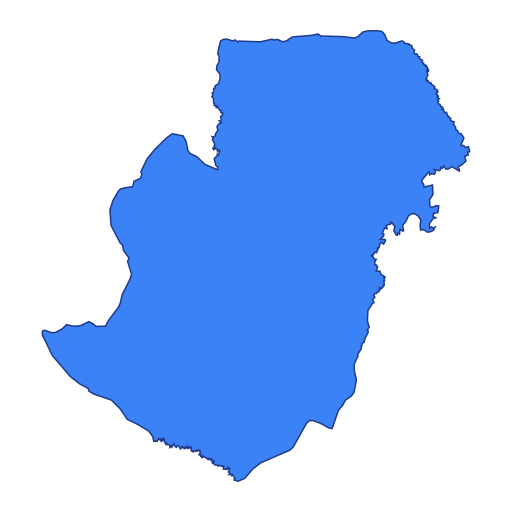 outline of Phanna Nikhom, Sakon Nakhon, Thailand
{"feature_id": "78962969B32881438495472", "entity_name": "Phanna Nikhom", "entity_type": "district", "adm_level": 2, "iso_a3": "THA", "parent_name": "Thailand", "parent_adm1": "Sakon Nakhon", "projection": "robinson", "projection_center": [103.939, 17.31], "detail": "fine", "context": "isolated", "style": "filled", "palette": "blue", "viewbox_px": 512, "rotation_deg": 0, "n_neighbors": 0, "source": "geoboundaries", "source_scale": "gbopen_adm2", "svg_char_len": 6009}
<svg xmlns="http://www.w3.org/2000/svg" viewBox="0 0 512 512"><path d="M260.5,41.8L238.7,41.1L238.0,42.0L235.0,39.9L233.1,41.0L226.4,39.0L222.9,39.5L220.6,40.9L218.2,50.6L217.8,53.8L219.3,57.1L218.8,59.6L219.2,61.8L217.0,65.4L216.5,69.7L219.9,74.1L220.1,78.3L218.5,83.8L215.2,85.7L214.7,88.4L213.6,88.5L213.9,90.5L213.1,92.7L212.2,93.1L212.9,94.1L212.0,96.8L212.7,96.7L213.6,99.3L213.5,102.8L214.7,104.0L214.1,105.4L216.3,106.0L216.2,106.7L217.2,106.2L216.7,107.6L217.9,107.5L219.9,110.4L220.8,110.3L221.0,112.8L222.7,113.0L222.3,115.4L220.5,116.5L221.2,119.0L220.8,121.0L219.4,120.9L221.3,123.0L219.1,123.7L217.3,125.8L217.0,127.5L218.1,129.8L215.7,133.5L215.0,136.1L213.9,137.0L212.1,136.6L213.0,138.0L212.4,139.5L214.9,144.5L214.0,146.1L215.1,147.7L213.0,148.0L213.5,149.7L215.3,148.6L217.4,149.7L217.5,151.5L218.8,150.0L219.9,150.7L218.5,155.0L217.3,154.2L217.1,155.9L214.2,158.5L215.8,165.4L217.9,167.3L217.4,169.7L205.0,164.4L196.8,156.7L190.1,153.4L188.0,150.7L186.0,141.1L183.1,135.9L172.3,133.7L166.6,137.9L154.9,149.3L147.2,158.7L140.9,171.6L141.8,174.5L140.4,178.4L133.9,181.3L132.8,186.7L124.9,187.8L120.8,188.9L118.8,190.4L113.1,200.2L109.9,209.9L111.1,225.6L120.3,243.2L122.5,244.9L123.4,250.3L128.7,257.6L128.9,259.1L127.5,261.1L131.6,274.4L129.8,279.5L122.2,294.6L120.2,303.4L118.5,307.2L108.8,320.0L105.5,326.2L96.0,326.4L93.0,323.7L88.8,321.6L81.9,325.1L77.6,326.1L72.5,326.1L66.6,324.6L62.4,328.7L55.7,332.4L51.8,332.7L44.7,330.3L42.7,330.9L42.3,332.4L42.4,335.0L52.4,355.6L70.4,376.6L79.8,384.0L88.2,388.4L88.9,391.1L93.4,393.9L111.4,400.1L120.1,408.7L127.3,419.4L137.3,424.2L148.6,431.0L152.8,436.6L153.7,441.2L155.4,441.4L156.0,440.6L157.1,441.4L158.7,438.4L161.8,442.0L160.6,438.4L162.1,440.0L163.3,438.2L163.8,438.9L163.1,440.1L164.3,439.7L164.5,442.6L167.4,442.9L165.9,443.3L165.8,444.5L169.6,444.8L169.9,447.4L171.2,446.1L172.0,447.2L173.6,443.7L175.3,446.7L176.5,447.3L176.8,446.1L178.4,445.4L180.4,448.9L181.9,446.6L182.5,447.8L183.6,447.1L184.3,448.7L186.2,447.9L185.5,447.1L186.9,446.2L188.0,446.8L187.9,447.8L187.2,447.7L187.5,448.4L188.7,448.3L189.2,447.2L190.1,447.8L190.1,447.0L191.5,447.5L191.0,450.3L191.8,451.2L192.5,450.7L193.1,451.9L193.9,450.7L195.2,450.7L195.6,451.5L197.9,449.7L198.7,450.2L198.0,450.9L200.0,450.6L200.4,453.6L199.6,453.4L199.0,454.8L200.3,455.0L200.6,456.2L201.5,456.0L201.7,457.5L202.9,457.2L202.4,456.1L203.1,455.9L207.7,459.2L208.1,458.3L208.8,458.4L208.6,459.5L211.2,458.9L211.1,460.5L212.8,460.1L214.0,461.3L212.1,462.2L212.7,463.3L213.5,462.8L214.5,464.8L217.3,465.1L218.2,466.2L219.1,465.3L221.1,465.7L221.3,466.4L223.6,465.9L223.4,469.2L226.2,469.3L227.4,467.8L227.4,469.0L228.7,467.9L229.7,468.7L229.0,469.3L229.5,470.8L228.3,471.8L230.1,473.9L229.3,474.5L231.4,474.5L231.7,475.4L232.3,474.5L235.0,478.3L234.0,479.9L237.9,481.3L244.5,478.5L252.9,468.9L260.8,462.8L290.0,450.1L293.3,447.0L306.5,423.3L309.6,420.6L312.9,420.5L320.4,423.3L328.8,427.9L332.1,428.6L338.5,410.2L342.4,405.6L345.6,400.0L351.4,396.0L354.0,392.3L356.4,380.0L354.2,370.2L354.2,364.4L358.0,355.8L357.9,353.9L361.4,348.6L361.2,345.9L361.9,345.6L362.1,343.3L364.2,342.3L365.0,338.4L368.0,332.7L368.2,331.0L367.2,330.0L369.2,327.3L367.4,320.6L367.9,310.5L372.7,303.1L374.0,302.7L372.6,299.3L374.9,297.2L373.6,295.1L374.7,293.6L376.3,293.5L378.0,291.5L379.0,291.7L379.1,290.0L380.4,289.5L379.7,287.8L381.4,288.4L382.8,287.4L383.4,285.2L384.3,285.2L383.9,280.8L384.6,280.7L384.1,279.1L385.1,277.1L384.4,276.7L384.8,276.1L383.7,276.9L383.1,275.6L381.0,274.5L379.9,271.1L376.2,271.2L377.6,267.1L376.8,265.3L374.7,264.7L374.9,261.7L376.2,259.4L374.2,259.3L373.7,257.6L371.2,255.7L371.5,254.9L373.0,255.1L375.0,252.1L376.5,252.7L377.6,250.1L377.1,249.0L377.8,248.1L378.5,249.3L378.2,247.6L379.0,247.6L380.1,243.5L381.9,242.4L383.5,244.1L384.8,242.3L385.5,240.3L385.0,239.4L380.2,239.5L383.7,236.0L383.8,233.9L382.4,233.2L384.0,229.2L384.9,228.1L387.1,228.7L386.2,225.4L390.7,224.0L390.5,222.5L391.6,222.3L394.9,226.5L393.8,230.6L396.3,235.1L397.4,235.2L398.0,232.8L399.5,234.1L400.0,229.4L403.0,231.1L403.6,230.7L402.6,225.3L406.2,221.0L408.4,215.9L411.6,213.8L414.7,213.7L418.1,216.0L420.8,219.9L420.0,225.9L420.7,230.1L423.5,229.6L427.5,232.2L431.1,231.6L433.4,230.2L435.0,227.1L433.0,228.2L431.6,226.9L429.6,228.4L429.3,223.7L432.9,218.8L435.7,217.7L433.1,216.6L433.4,213.5L437.9,212.5L438.8,206.0L436.9,205.5L431.7,207.4L430.0,206.3L429.5,199.8L433.0,194.5L432.5,185.0L424.1,187.1L423.7,184.3L421.8,181.7L422.0,180.0L428.6,172.1L429.2,172.3L429.7,174.8L431.5,173.8L434.4,174.2L435.5,172.1L434.2,169.5L439.5,170.7L440.5,169.6L440.9,167.3L442.3,168.3L443.9,166.0L445.8,169.1L448.7,168.8L452.0,166.6L459.3,171.1L459.3,169.3L458.2,167.9L458.4,166.6L462.0,164.7L466.0,161.0L464.5,156.4L468.4,155.0L467.5,152.1L469.4,151.9L469.7,151.1L468.3,146.7L465.6,147.6L463.6,145.4L461.3,145.7L461.1,144.3L463.8,138.6L463.6,137.3L461.1,133.8L458.6,133.2L457.8,130.9L455.8,129.4L455.6,127.4L453.5,124.0L454.2,121.9L450.5,120.6L450.8,118.5L449.2,117.7L449.0,116.6L448.1,116.8L446.5,112.3L444.5,112.6L443.7,110.0L442.0,109.7L443.1,108.4L442.4,107.0L440.8,106.8L440.3,104.9L438.0,103.3L437.8,101.7L438.6,101.4L437.4,99.8L439.3,98.8L438.4,98.2L438.4,97.2L437.2,97.1L438.2,95.8L436.0,93.5L436.9,92.9L436.6,92.1L437.8,91.8L437.2,89.8L434.2,88.5L434.9,87.0L433.5,85.5L431.6,84.4L430.8,82.6L429.4,83.1L428.0,80.8L426.5,80.9L427.0,79.7L425.9,79.2L427.9,74.8L426.7,71.2L428.1,71.4L428.6,70.5L428.0,70.4L428.0,68.9L427.3,69.3L427.2,67.1L425.8,66.5L426.5,66.2L426.2,65.4L423.4,64.3L423.7,63.2L421.9,62.5L422.6,60.3L420.1,59.1L418.9,57.2L419.4,56.8L417.6,56.4L417.6,54.6L416.1,53.7L415.0,54.2L414.0,52.8L414.6,50.2L412.6,48.7L411.6,45.4L408.5,44.4L408.6,43.8L404.4,43.2L403.8,41.7L401.8,40.9L394.6,43.3L391.4,42.9L387.1,40.5L384.9,35.0L382.8,32.3L381.3,31.3L376.4,30.7L367.6,30.9L362.9,32.0L358.0,36.5L354.7,38.0L342.4,36.6L320.7,36.0L318.1,34.0L311.1,35.4L292.5,36.9L287.9,39.7L287.9,40.5L282.6,41.8L277.5,39.4L273.8,40.0L271.9,39.2L260.5,41.8Z" fill="#3b82f6" stroke="#1e3a8a" stroke-width="1.5"/></svg>